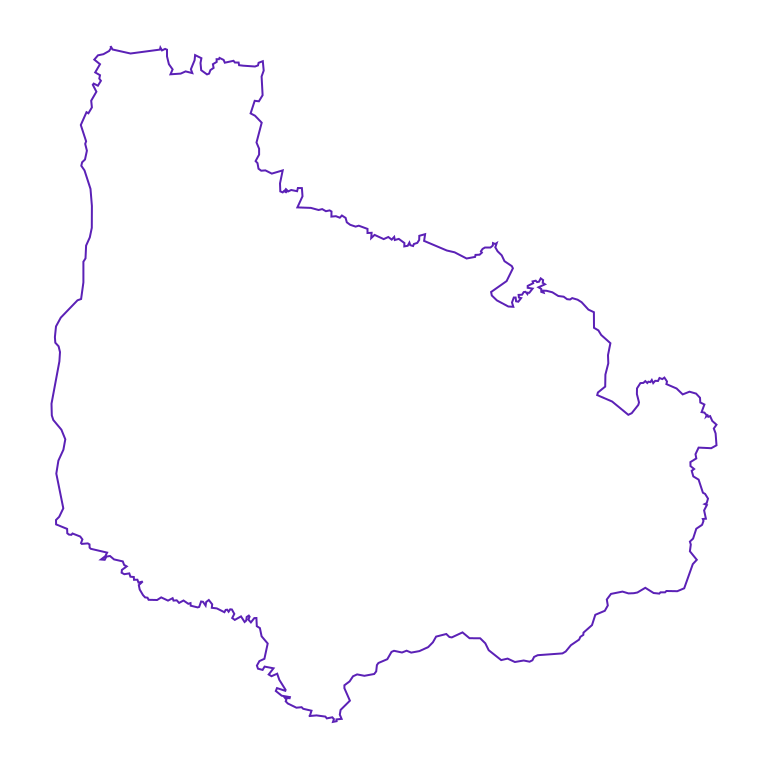 the district of Kuningan, Jawa Barat, Indonesia
{"feature_id": "22746128B44289127403365", "entity_name": "Kuningan", "entity_type": "district", "adm_level": 2, "iso_a3": "IDN", "parent_name": "Indonesia", "parent_adm1": "Jawa Barat", "projection": "orthographic", "projection_center": [108.582, -6.988], "detail": "fine", "context": "isolated", "style": "outline", "palette": "violet", "viewbox_px": 768, "rotation_deg": 0, "n_neighbors": 0, "source": "geoboundaries", "source_scale": "gbopen_adm2", "svg_char_len": 5995}
<svg xmlns="http://www.w3.org/2000/svg" viewBox="0 0 768 768"><path d="M664.4,377.6L662.3,379.1L659.5,378.0L658.0,381.0L655.2,380.8L653.2,383.1L651.8,380.0L650.4,382.1L648.4,381.7L647.3,383.0L645.3,381.1L643.4,382.9L640.4,383.1L637.0,388.4L636.9,394.1L639.0,402.4L638.3,404.9L631.7,413.2L628.3,414.8L612.1,401.5L597.2,395.1L597.9,392.5L605.2,386.6L605.4,374.6L608.3,363.3L608.0,355.1L610.4,343.2L601.2,335.0L598.4,330.4L594.0,327.8L593.9,312.2L588.4,309.6L581.6,302.2L577.6,299.7L572.2,298.1L570.1,299.5L567.1,299.2L563.7,296.7L558.3,296.0L552.4,292.3L546.6,290.8L543.0,290.6L543.7,292.7L541.3,291.9L541.2,288.9L538.5,287.3L545.0,284.3L542.7,282.8L543.1,280.1L540.7,278.4L539.0,281.7L537.1,282.1L535.7,280.7L532.6,281.4L533.2,283.2L527.7,285.9L527.7,287.8L532.6,288.6L529.3,292.8L527.8,292.7L527.4,294.0L525.5,291.8L523.7,292.1L522.1,294.7L518.6,294.9L518.9,297.5L521.1,298.1L518.3,301.7L516.1,301.3L515.6,297.5L513.8,297.5L512.0,302.5L513.3,306.8L508.3,306.5L496.9,300.4L491.8,295.5L491.1,292.0L506.6,281.1L512.9,268.3L511.8,266.1L504.5,261.2L501.7,255.3L497.6,251.3L495.3,247.3L496.7,243.1L495.2,244.0L493.0,243.1L492.8,245.6L490.5,247.5L485.0,247.5L482.6,248.9L480.9,251.3L481.9,252.6L479.6,254.7L475.5,254.9L475.1,256.9L466.6,258.5L454.6,252.3L446.8,250.5L424.1,240.9L425.1,234.2L419.3,235.8L419.2,239.9L417.3,242.9L413.9,244.0L413.1,246.0L410.3,245.2L409.4,242.6L407.7,245.8L404.3,246.4L404.4,243.0L398.8,238.9L394.8,240.0L394.2,236.9L391.7,239.6L388.3,237.0L383.7,239.1L374.6,234.9L371.2,238.1L371.6,232.8L367.5,233.0L367.5,228.9L358.8,225.7L355.6,226.6L350.2,224.8L346.8,222.3L345.6,217.9L341.9,215.5L339.8,217.7L335.9,216.2L331.4,216.6L331.5,211.5L329.6,210.4L325.9,211.2L322.2,209.1L318.6,210.0L310.9,207.9L297.4,207.4L302.5,196.3L301.9,188.1L297.9,188.0L297.1,191.2L291.2,190.0L288.2,191.4L285.9,189.1L285.1,190.2L286.7,192.6L283.9,191.1L282.7,192.4L280.3,191.4L280.0,183.4L282.7,170.4L271.8,173.6L265.4,170.4L261.2,170.7L258.5,168.7L257.5,163.1L255.6,161.1L259.1,154.6L259.1,148.7L256.5,142.5L261.7,122.7L255.0,115.7L250.6,113.4L254.7,100.8L258.9,101.3L262.6,95.2L261.6,76.5L263.7,70.6L262.8,61.2L258.6,62.8L258.0,65.4L255.0,66.5L243.3,65.7L239.1,65.2L238.6,62.5L234.9,62.5L233.5,60.8L224.8,62.7L223.6,59.9L219.5,57.9L218.9,59.2L216.6,59.2L216.7,61.9L212.9,64.2L213.6,67.9L210.4,70.1L209.1,73.6L207.0,74.4L201.2,70.2L200.5,63.0L201.4,58.2L195.1,55.1L194.6,60.2L190.9,69.2L192.3,73.1L185.6,71.4L180.7,73.6L170.5,74.3L172.6,69.4L168.9,64.2L167.0,56.4L167.0,49.7L165.1,48.9L162.0,50.4L160.4,47.6L159.9,49.6L130.5,53.5L112.6,49.5L110.6,46.1L111.0,48.1L109.1,51.0L103.4,54.2L98.0,55.3L94.3,59.6L100.0,64.2L95.2,72.4L100.0,75.2L99.3,78.6L100.9,80.8L97.9,85.7L93.7,83.6L92.8,84.8L96.4,91.7L91.2,100.7L91.9,107.4L88.4,113.3L86.5,112.2L80.8,125.0L86.1,141.3L85.2,143.9L86.9,150.7L85.0,159.5L82.1,162.3L81.3,165.8L84.5,170.4L90.5,188.9L91.9,206.0L91.8,227.8L89.8,237.4L86.1,245.6L85.5,258.4L83.4,261.7L83.4,282.4L81.1,299.0L77.5,300.3L60.8,317.6L56.0,326.4L54.9,337.1L55.3,342.7L58.6,346.3L60.0,352.1L59.4,361.4L51.5,403.7L51.8,415.4L53.3,420.0L61.4,429.7L65.3,439.3L63.4,449.7L58.4,460.6L56.3,473.6L63.3,508.3L59.2,516.8L56.0,520.0L56.1,524.4L67.1,528.9L67.3,533.3L69.0,534.6L71.4,534.8L72.5,533.5L80.2,536.5L82.4,539.4L81.0,543.1L81.8,543.9L87.8,543.4L89.5,544.4L89.6,547.6L90.8,548.8L107.1,552.6L105.3,556.2L101.0,559.5L104.7,559.8L106.4,556.6L110.0,556.0L114.0,559.4L122.8,561.4L124.1,564.9L126.7,566.4L121.9,569.9L121.6,572.7L124.3,574.2L129.3,573.4L130.4,576.7L133.8,577.0L134.0,579.8L137.4,579.7L138.5,582.6L142.7,581.5L138.8,585.1L139.7,589.5L143.0,595.1L145.1,597.4L147.5,597.7L148.6,599.8L157.1,600.0L161.2,597.4L168.0,600.6L172.6,598.2L173.5,600.6L176.7,600.3L179.1,602.9L183.5,600.5L188.3,603.8L190.5,603.1L190.7,605.7L197.7,607.4L199.2,606.9L201.1,601.5L203.0,601.8L205.6,605.6L206.2,602.0L208.8,600.0L212.2,604.3L211.8,607.8L216.8,608.4L224.4,612.2L225.7,609.9L227.2,609.7L228.6,611.7L230.2,609.3L231.9,609.5L234.3,613.9L232.2,618.0L234.8,619.9L241.0,616.4L244.6,622.0L246.2,620.6L246.7,617.0L248.8,615.6L249.6,616.7L248.4,619.6L250.9,622.4L254.3,618.1L256.4,618.0L256.8,626.2L259.9,628.1L261.6,636.3L267.7,643.5L264.4,658.8L259.4,661.1L256.9,665.6L258.0,668.7L262.6,669.9L264.6,666.6L273.5,668.3L268.7,674.5L271.5,676.2L277.2,673.7L279.3,679.8L285.6,689.9L285.3,690.8L277.0,688.1L275.8,691.0L281.7,695.7L289.9,697.1L289.6,698.2L284.9,697.8L286.4,699.7L285.7,701.3L287.8,703.5L296.4,707.7L301.6,707.2L303.2,708.8L311.5,710.7L309.8,716.0L308.7,716.1L316.5,715.4L325.4,716.6L326.8,718.4L332.3,717.3L333.9,719.1L333.0,721.9L336.6,721.2L336.5,719.4L341.6,718.9L339.8,714.6L340.6,709.9L349.9,700.7L344.4,688.2L344.4,685.3L349.6,681.4L353.0,676.3L357.1,674.4L364.4,675.8L374.2,674.0L376.2,671.4L376.9,665.1L378.4,663.0L387.3,659.2L391.5,651.9L394.0,650.8L402.0,652.5L406.6,650.7L411.2,652.6L419.4,651.1L428.2,647.1L432.9,642.3L436.1,636.6L446.3,634.0L449.4,637.0L451.8,637.4L462.5,632.4L469.5,638.2L480.2,638.3L485.3,643.3L488.7,650.2L501.2,660.1L507.6,658.6L514.9,662.0L523.7,660.5L529.6,661.7L532.4,660.3L534.1,656.9L537.7,655.2L562.5,653.4L565.7,651.5L570.9,645.2L579.1,639.6L580.4,636.8L583.3,634.9L583.5,632.6L592.0,625.1L595.3,614.8L604.8,610.8L607.8,605.5L606.8,599.5L611.0,593.9L622.5,591.6L628.5,593.4L633.8,593.2L637.4,592.5L645.3,587.8L653.6,593.0L659.3,593.6L660.5,592.3L665.1,592.3L666.4,591.0L677.3,591.2L684.2,588.3L692.8,564.1L696.8,559.8L689.9,551.3L690.8,544.5L689.9,541.6L693.1,538.6L696.3,528.7L702.1,524.8L703.5,520.9L702.8,519.0L705.9,518.7L704.1,510.4L706.9,505.0L704.7,504.1L706.7,503.1L708.0,498.6L705.1,493.9L702.9,492.7L698.6,479.6L693.3,476.4L691.7,470.8L694.1,469.0L690.5,466.1L690.4,462.1L696.3,458.4L695.5,454.2L698.6,447.6L711.2,448.2L716.5,445.3L715.6,433.4L713.8,428.5L716.5,424.7L712.3,421.0L710.1,416.1L708.3,416.8L707.6,415.3L706.2,416.5L706.6,415.2L704.4,412.6L701.6,412.1L704.4,404.5L700.3,402.5L700.0,397.8L696.1,393.6L689.5,391.7L682.7,394.4L676.6,388.5L666.4,384.1L667.0,381.5L664.4,377.6Z" fill="none" stroke="#5b21b6" stroke-width="2"/></svg>